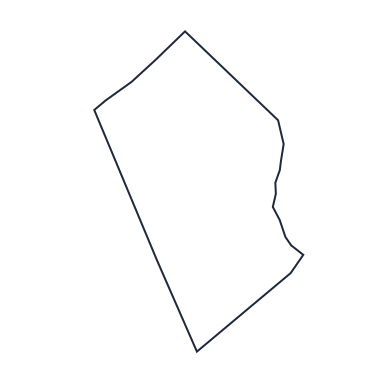 outline of Passagem, Rio Grande do Norte, Brazil, rotated 134°
{"feature_id": "56859067B23465886622535", "entity_name": "Passagem", "entity_type": "district", "adm_level": 2, "iso_a3": "BRA", "parent_name": "Brazil", "parent_adm1": "Rio Grande do Norte", "projection": "orthographic", "projection_center": [-35.404, -6.284], "detail": "fine", "context": "isolated", "style": "outline", "palette": "slate", "viewbox_px": 384, "rotation_deg": 134, "n_neighbors": 0, "source": "geoboundaries", "source_scale": "gbopen_adm2", "svg_char_len": 397}
<svg xmlns="http://www.w3.org/2000/svg" viewBox="0 0 384 384"><g transform="rotate(134 192 192)"><path d="M93.8,159.4L80.6,179.9L81.3,308.6L122.2,310.0L154.9,312.0L185.9,317.7L200.9,319.3L265.6,169.4L303.4,77.6L181.7,64.7L159.9,68.3L161.5,83.5L159.5,93.5L151.2,109.5L146.6,123.5L135.1,130.4L127.4,138.5L115.3,144.0L107.7,149.7L93.8,159.4Z" fill="none" stroke="#1e293b" stroke-width="2"/></g></svg>